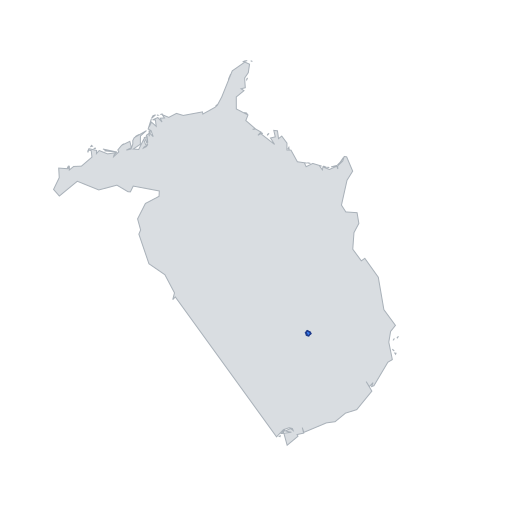 location of Salt Lake, Utah, United States of America, rotated 236°
{"feature_id": "52423323B26965085925840", "entity_name": "Salt Lake", "entity_type": "district", "adm_level": 2, "iso_a3": "USA", "parent_name": "United States of America", "parent_adm1": "Utah", "projection": "orthographic", "projection_center": [-111.882, 40.668], "detail": "fine", "context": "in_parent", "style": "filled", "palette": "blue", "viewbox_px": 512, "rotation_deg": 236, "n_neighbors": 0, "source": "geoboundaries", "source_scale": "gbopen_adm2", "svg_char_len": 4480}
<svg xmlns="http://www.w3.org/2000/svg" viewBox="0 0 512 512"><g transform="rotate(236 256 256)"><path d="M398.7,162.6L417.9,149.6L415.7,126.5L424.4,125.4L431.0,136.7L439.2,141.6L433.5,148.9L434.3,151.2L431.7,149.3L432.2,154.9L428.1,161.5L429.7,175.3L435.5,178.3L437.5,176.4L435.8,174.6L437.0,175.2L438.4,177.5L432.6,182.9L430.1,181.0L431.1,185.0L423.7,190.0L419.8,197.8L419.2,194.8L417.9,193.4L419.0,200.5L421.2,200.8L422.9,206.5L421.6,215.5L415.5,213.3L416.3,207.7L414.5,212.2L417.7,216.5L420.6,218.4L422.2,221.3L421.2,235.3L420.1,227.3L413.3,222.6L413.3,214.1L409.9,218.3L415.5,228.1L410.2,226.8L408.8,227.8L408.9,223.9L408.4,222.9L408.0,226.2L408.8,228.4L416.6,229.6L415.9,232.2L411.7,229.8L410.4,229.6L415.6,232.4L417.4,232.6L417.5,235.7L414.9,234.5L419.4,237.2L418.8,238.1L416.6,236.7L412.4,237.5L418.6,239.1L421.6,237.6L428.2,245.9L422.8,239.7L425.4,244.2L419.3,245.8L425.1,248.7L426.7,246.4L425.7,252.0L419.6,253.0L423.8,253.7L421.6,257.3L425.6,257.3L419.7,261.2L418.7,269.8L413.2,274.3L405.4,292.2L403.4,291.3L402.2,305.1L402.6,308.2L407.0,316.5L422.8,339.9L423.0,355.2L418.6,357.9L412.3,352.1L409.9,346.1L401.5,341.2L403.0,337.1L399.8,338.5L398.9,328.6L388.9,321.9L377.4,328.2L374.0,323.3L361.9,326.6L362.9,324.0L361.3,326.8L356.0,329.4L355.0,325.1L354.7,328.4L338.1,333.8L345.7,334.0L344.0,338.6L350.2,341.0L347.8,343.8L340.7,340.3L341.0,344.4L332.3,344.8L326.6,340.9L324.2,344.2L311.0,343.0L304.6,350.1L306.2,348.2L302.0,347.5L301.0,354.8L293.8,360.7L295.5,359.0L290.3,359.2L292.4,361.3L286.7,365.2L285.3,373.2L282.4,372.5L285.0,374.1L286.2,381.0L289.2,384.8L287.5,386.6L272.3,383.6L267.9,373.8L250.4,355.3L242.3,355.1L235.4,364.0L225.5,359.5L220.6,350.3L207.5,340.0L193.1,340.6L193.2,344.9L170.0,345.5L140.0,332.0L120.5,332.8L118.2,325.4L110.3,317.9L93.9,311.1L94.2,305.9L82.5,281.2L83.1,278.8L85.6,282.2L84.3,276.9L90.3,277.1L79.2,276.5L72.3,253.6L75.7,242.3L74.4,228.9L78.3,221.0L83.0,197.1L87.9,198.4L82.5,196.5L85.0,190.2L83.1,190.0L81.7,176.0L93.5,180.0L90.1,186.8L94.7,182.2L93.6,188.1L90.5,189.2L92.6,189.7L95.1,187.5L96.7,181.6L94.6,171.9L267.2,166.2L266.4,162.6L271.0,167.8L291.4,170.0L309.4,162.9L339.6,171.1L342.1,174.9L353.0,178.6L361.4,193.7L359.7,209.0L364.0,212.2L382.6,193.3L379.4,187.7L380.9,185.8L392.5,180.3L398.7,162.6ZM427.2,191.3L430.3,188.9L419.9,198.9L427.9,189.2L427.2,191.3ZM94.7,177.7L95.9,181.7L95.7,182.3L93.8,179.2L94.7,177.7ZM288.8,383.6L286.2,377.9L285.9,374.3L286.6,378.0L288.8,383.6ZM434.5,148.8L435.4,150.6L434.7,150.5L434.5,148.8ZM327.1,342.7L327.7,344.0L326.1,343.2L327.1,342.7ZM99.9,317.5L101.9,316.9L102.0,317.1L99.9,317.5ZM97.9,316.8L97.1,317.7L96.5,316.8L97.9,316.8ZM435.8,181.5L435.4,183.1L435.0,183.0L435.8,181.5ZM286.6,371.0L285.8,373.9L287.9,368.1L286.6,371.0ZM418.0,332.1L421.0,336.7L417.5,331.7L418.0,332.1ZM109.6,323.0L110.3,324.6L109.5,323.1L109.6,323.0ZM424.0,355.7L422.9,358.0L424.5,353.5L424.0,355.7ZM429.9,249.0L429.2,251.7L428.5,246.3L429.9,249.0ZM93.5,174.4L93.4,175.5L92.8,174.9L93.5,174.4ZM292.6,362.4L289.9,364.1L292.6,361.9L292.6,362.4ZM439.1,180.2L439.7,181.5L438.5,181.8L439.1,180.2ZM109.3,327.3L109.8,329.2L109.0,327.4L109.3,327.3ZM289.4,365.3L288.3,366.2L289.2,364.9L289.4,365.3ZM422.5,223.8L422.1,227.2L422.3,222.6L422.5,223.8ZM303.9,351.5L302.3,352.9L304.6,350.5L303.9,351.5ZM402.9,306.4L403.2,308.7L402.6,307.2L402.9,306.4ZM426.3,257.4L425.9,258.1L426.8,255.8L426.3,257.4ZM381.6,326.3L379.9,328.1L379.0,328.1L381.6,326.3ZM355.1,329.2L354.8,329.7L353.6,330.0L355.1,329.2ZM407.8,347.1L408.4,348.6L407.3,346.9L407.8,347.1ZM350.4,333.8L350.4,335.4L349.7,332.8L350.4,333.8ZM420.3,361.2L419.3,361.8L420.7,360.7L420.3,361.2ZM423.0,207.6L422.9,209.3L422.9,206.9L423.0,207.6ZM428.2,252.6L427.8,253.4L427.6,253.5L428.2,252.6Z" fill="#d9dde1" stroke="#a8b0b8" stroke-width="1"/><path d="M164.8,254.7L164.6,254.4L164.6,254.2L164.3,254.2L164.1,254.1L163.9,254.2L163.6,254.3L163.4,254.4L163.1,254.5L162.8,254.5L162.6,254.5L162.4,254.2L162.5,253.6L162.1,253.6L161.1,254.3L160.3,255.0L160.5,255.4L160.5,255.5L160.8,256.4L160.9,256.6L160.9,256.8L160.9,257.4L160.8,257.5L160.9,257.8L161.0,258.0L161.1,257.9L161.3,258.1L161.5,258.1L161.9,258.0L162.0,258.1L162.1,258.3L162.3,258.4L162.6,258.3L162.7,258.2L162.8,258.2L163.0,257.9L163.4,257.9L163.6,257.7L163.9,257.3L164.1,257.3L164.4,257.3L164.5,257.3L164.7,257.1L164.8,257.0L165.1,257.0L165.2,256.9L165.4,256.8L165.5,256.6L165.3,256.2L165.1,256.1L165.2,255.7L164.9,255.4L164.9,255.2L164.7,255.0L164.8,254.7Z" fill="#3b82f6" stroke="#1e3a8a" stroke-width="1.5"/></g></svg>